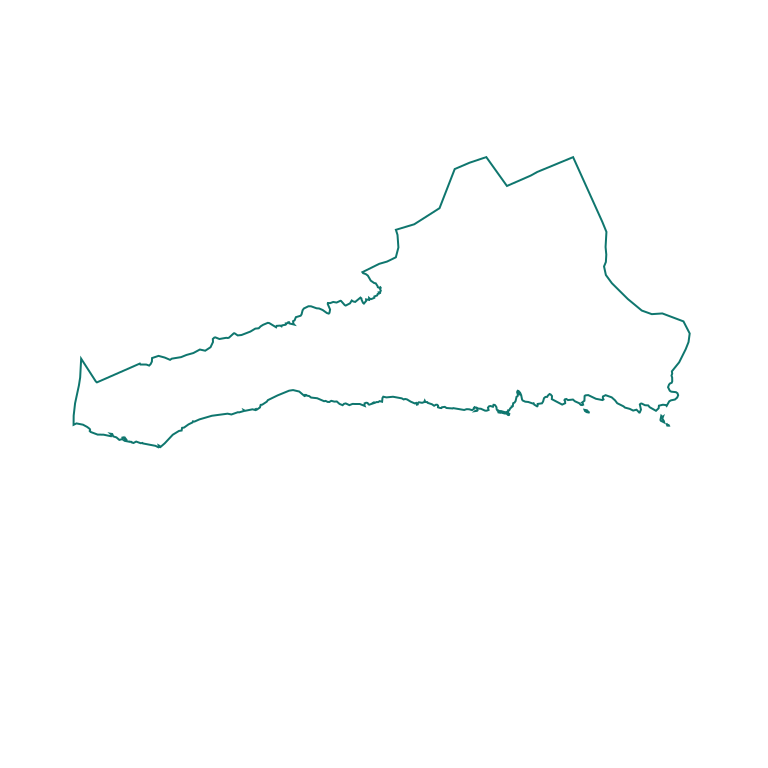 Mimika, Papua, Indonesia, rotated 334°
{"feature_id": "22746128B99426029309213", "entity_name": "Mimika", "entity_type": "district", "adm_level": 2, "iso_a3": "IDN", "parent_name": "Indonesia", "parent_adm1": "Papua", "projection": "equal_earth", "projection_center": [136.425, -4.63], "detail": "fine", "context": "isolated", "style": "outline", "palette": "teal", "viewbox_px": 768, "rotation_deg": 334, "n_neighbors": 0, "source": "geoboundaries", "source_scale": "gbopen_adm2", "svg_char_len": 6164}
<svg xmlns="http://www.w3.org/2000/svg" viewBox="0 0 768 768"><g transform="rotate(334 384 384)"><path d="M633.0,393.3L631.2,383.3L633.3,374.8L636.9,371.6L640.5,365.2L643.2,358.0L650.6,344.8L651.3,334.0L653.4,263.0L614.8,260.6L607.4,261.0L581.3,259.9L575.4,224.9L557.8,222.6L541.8,221.8L511.0,250.3L481.2,253.7L462.3,250.6L461.5,255.9L456.8,267.6L450.2,275.3L440.4,275.3L432.4,273.9L413.6,274.0L413.8,275.2L415.8,277.2L417.0,279.5L417.4,285.3L419.4,288.9L420.7,289.9L421.1,293.1L420.9,294.3L422.0,295.6L423.1,295.4L423.2,296.1L422.1,297.1L422.0,298.8L421.1,299.3L420.5,300.3L419.4,299.4L419.0,300.5L417.8,300.3L416.7,301.4L413.7,301.1L413.1,302.3L409.8,302.1L408.8,301.4L408.3,300.2L407.5,301.9L405.0,300.1L404.4,301.5L401.2,302.9L400.7,301.8L400.8,298.2L401.2,297.2L400.7,296.0L394.1,297.6L392.5,296.3L391.6,294.8L388.8,296.6L384.0,296.7L383.3,295.9L381.8,290.5L381.3,290.1L377.1,290.0L374.3,288.0L371.1,287.7L369.1,286.6L368.5,287.4L368.2,293.4L366.2,296.1L365.2,296.5L363.8,295.2L361.3,290.6L358.8,287.7L356.6,286.4L352.5,282.2L350.2,281.0L345.1,281.0L343.2,282.0L340.4,285.3L339.0,286.1L334.1,285.3L331.5,287.6L329.8,287.7L329.0,290.0L329.3,291.2L325.6,288.2L325.8,286.9L325.0,286.5L324.0,287.0L322.3,286.5L322.1,287.4L321.5,287.6L318.1,286.6L317.2,287.3L316.3,286.0L313.0,284.7L311.9,285.7L307.6,279.0L306.4,278.1L301.3,277.8L298.4,278.1L295.8,279.0L292.6,277.8L286.9,278.3L277.4,277.5L273.8,276.2L271.9,272.9L271.2,272.6L265.0,274.4L263.8,274.2L262.4,273.3L255.8,271.4L252.9,268.2L251.9,267.9L249.9,268.5L248.7,271.3L244.2,274.9L237.9,275.7L233.6,272.3L226.2,272.6L219.2,271.3L213.4,270.9L204.4,268.2L202.3,268.5L198.5,264.1L193.7,259.9L186.9,259.0L185.2,262.1L183.0,263.8L181.0,264.5L179.0,262.4L173.6,259.7L173.5,258.6L126.7,256.7L126.1,255.4L122.9,228.5L113.8,244.9L109.2,251.5L97.9,265.9L91.2,276.4L87.1,284.6L90.3,284.6L95.6,288.6L98.4,292.5L99.8,295.3L99.7,296.6L98.9,297.2L99.3,298.5L104.4,303.9L109.7,306.6L115.8,311.3L117.1,310.6L116.4,308.8L117.8,309.8L117.7,312.4L120.1,314.7L121.6,318.2L124.5,318.8L125.2,318.5L125.4,317.5L126.4,317.7L126.7,318.4L127.5,318.5L128.1,321.4L127.8,321.9L127.0,320.8L127.1,319.9L126.5,320.6L125.5,320.5L126.0,321.4L130.5,324.8L129.4,323.7L131.7,325.5L132.5,325.3L132.0,325.7L131.1,325.4L133.0,327.2L136.0,327.1L139.4,330.6L141.1,331.1L141.2,331.7L151.5,339.4L153.5,342.0L154.4,341.8L154.6,340.5L155.1,341.2L154.7,342.3L155.2,342.7L160.9,341.2L171.9,337.0L179.2,336.3L181.7,337.1L183.3,334.9L185.2,335.5L190.6,334.6L195.1,334.6L195.9,333.8L197.2,334.7L202.6,334.9L215.4,337.1L230.4,342.1L233.5,344.5L240.3,345.3L241.4,346.0L247.0,347.0L246.5,346.8L246.5,346.0L247.4,347.2L254.7,349.1L256.7,350.8L257.0,350.3L258.1,350.3L258.3,351.3L262.2,350.7L264.0,348.7L265.5,349.2L270.9,348.5L272.5,347.6L283.4,347.6L295.8,348.4L299.6,349.6L304.5,353.6L307.3,360.0L308.5,360.1L308.0,359.5L308.2,359.2L309.2,359.7L309.8,360.8L311.5,362.1L312.5,364.2L317.7,367.5L322.6,373.2L324.1,373.6L325.5,375.4L327.0,376.2L329.2,376.0L331.7,378.1L333.9,379.0L335.3,382.4L337.5,384.9L339.3,384.3L341.1,384.7L343.6,387.8L346.9,388.1L353.5,391.4L357.0,395.2L357.1,394.1L357.9,393.5L358.1,392.9L359.7,393.0L360.9,393.8L361.2,395.6L361.7,396.1L366.2,396.7L366.0,396.1L367.0,396.1L367.5,396.9L369.5,397.0L370.7,397.7L372.6,397.5L374.5,399.1L376.5,395.9L377.8,395.1L380.3,397.1L386.5,399.4L393.7,404.7L394.9,406.5L396.4,406.7L397.9,407.9L400.2,411.5L403.1,414.9L404.6,415.1L404.5,417.0L405.4,417.1L406.1,415.9L407.3,415.7L410.0,417.6L412.2,417.9L413.3,416.9L413.3,418.3L415.0,419.3L415.0,420.1L418.2,423.2L419.5,425.5L421.6,425.4L422.7,426.0L423.1,427.1L422.3,428.6L424.0,430.2L425.1,430.8L425.9,430.3L428.6,431.2L429.7,433.0L435.0,436.1L435.6,436.0L444.7,442.5L447.1,442.8L449.4,444.0L451.7,446.1L454.0,445.7L454.3,444.9L455.3,444.5L457.1,446.9L457.3,446.5L457.9,447.4L460.2,448.7L463.2,452.3L464.6,453.0L466.6,453.2L467.1,450.8L468.7,450.1L470.1,450.5L471.9,452.2L473.3,450.7L473.9,451.0L474.6,451.8L474.9,454.2L474.2,456.0L474.3,457.3L474.9,457.5L475.8,458.9L477.4,459.7L480.4,462.4L482.0,463.1L481.8,463.6L482.4,464.2L483.2,463.9L483.5,463.2L483.2,462.9L483.8,462.9L484.0,462.1L485.2,462.4L486.8,461.2L488.6,460.8L488.9,460.1L490.0,460.4L491.7,457.9L493.2,457.9L494.8,457.0L497.5,453.6L498.7,453.5L499.6,452.5L500.1,449.6L501.2,448.7L501.8,449.2L502.5,451.5L502.4,454.2L501.3,458.4L501.4,459.6L503.2,461.8L505.8,463.4L509.3,466.9L510.0,466.9L510.0,468.4L511.8,471.2L512.5,471.0L513.4,469.3L517.5,470.6L519.3,469.5L521.6,466.9L523.4,466.4L525.1,467.1L526.1,466.3L528.4,465.6L529.2,466.5L529.7,468.5L528.2,471.2L535.1,480.6L538.4,480.7L539.2,478.9L539.1,477.6L539.9,477.1L541.3,477.4L542.3,479.1L547.0,480.8L548.0,483.2L551.0,486.8L551.7,489.0L552.8,489.8L553.9,489.9L554.2,488.1L553.8,487.5L556.8,486.9L559.0,482.8L560.0,482.5L562.7,483.5L568.0,490.2L573.3,494.2L574.5,494.1L574.6,492.4L575.3,491.2L578.3,491.2L582.8,495.8L584.5,500.0L585.2,503.5L589.5,509.1L590.2,510.8L594.0,514.1L596.3,517.1L599.7,517.8L600.9,521.6L601.4,521.7L603.7,519.7L605.0,514.5L606.0,514.2L607.0,514.5L609.3,517.5L612.1,519.1L612.6,521.3L616.7,527.3L620.2,526.2L621.6,524.0L625.6,524.9L628.1,526.5L628.4,527.6L632.8,524.6L634.8,524.5L638.7,525.5L641.6,524.7L643.5,523.0L643.7,520.9L642.8,519.3L638.8,516.8L637.9,515.3L637.9,511.4L639.9,509.5L641.2,508.9L643.1,509.0L644.2,508.0L645.8,504.6L646.1,502.5L647.6,501.0L648.3,498.8L658.8,493.9L670.4,485.0L676.1,479.8L680.9,472.6L680.6,459.0L665.1,442.6L655.3,438.6L647.9,431.0L640.4,414.5L633.0,393.3ZM619.9,535.7L619.3,534.1L616.7,537.5L616.7,538.4L619.0,541.4L619.3,540.1L618.9,536.0L619.8,536.3L620.5,535.6L619.9,535.7ZM554.9,496.6L552.9,495.1L552.8,496.3L553.8,498.1L556.2,499.9L555.5,498.8L554.9,496.6ZM476.9,460.1L474.7,457.9L474.4,459.7L475.9,460.8L476.9,460.1ZM477.2,460.3L477.2,461.4L479.6,463.5L480.4,463.9L481.0,463.6L477.2,460.3ZM501.5,452.5L502.0,452.0L501.6,449.4L501.1,451.1L501.5,452.5ZM482.2,466.1L481.9,465.6L482.6,465.1L481.9,464.2L481.5,465.2L481.9,466.2L482.7,466.6L483.5,465.8L483.1,465.2L482.2,466.1ZM621.3,546.0L620.7,545.5L620.6,543.1L620.4,545.6L621.8,546.2L621.7,544.8L621.3,546.0ZM457.2,448.6L454.4,448.2L454.0,448.3L455.8,448.9L457.2,448.6Z" fill="none" stroke="#0f766e" stroke-width="2"/></g></svg>